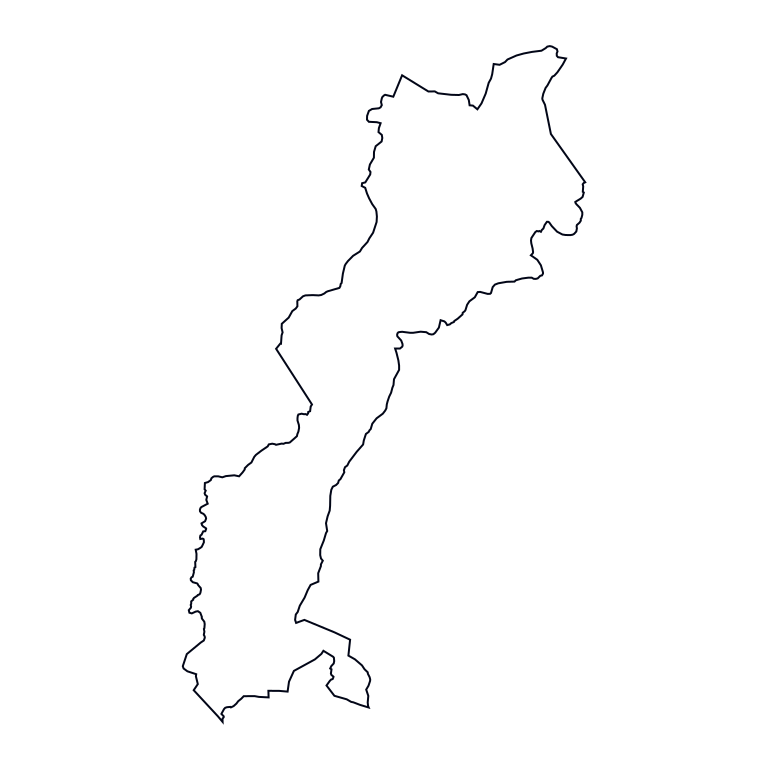 Yaonáhuac, Puebla, Mexico (Mercator projection)
{"feature_id": "50627088B21776838121102", "entity_name": "Yaonáhuac", "entity_type": "district", "adm_level": 2, "iso_a3": "MEX", "parent_name": "Mexico", "parent_adm1": "Puebla", "projection": "mercator", "projection_center": [-97.449, 19.915], "detail": "fine", "context": "isolated", "style": "outline", "palette": "ink", "viewbox_px": 768, "rotation_deg": 0, "n_neighbors": 0, "source": "geoboundaries", "source_scale": "gbopen_adm2", "svg_char_len": 6057}
<svg xmlns="http://www.w3.org/2000/svg" viewBox="0 0 768 768"><path d="M585.2,182.3L550.9,134.0L545.0,104.8L542.5,99.7L542.3,98.3L543.3,93.7L545.6,87.9L547.4,85.5L551.4,78.1L552.4,76.6L554.3,75.7L557.4,72.3L562.7,64.6L566.0,58.5L558.0,57.2L556.8,55.8L556.7,53.4L557.5,51.5L556.9,49.2L552.1,46.6L549.8,46.1L547.3,46.6L545.7,48.1L541.5,50.7L532.0,51.9L523.7,53.5L516.5,55.5L507.5,59.5L505.0,62.1L499.6,64.8L493.7,64.0L492.2,74.2L491.0,78.6L488.7,82.8L485.7,93.6L481.5,103.4L477.4,109.3L472.9,105.6L469.6,105.3L468.8,100.0L466.5,95.2L465.0,94.4L462.8,94.1L458.9,95.0L451.2,94.8L438.1,93.3L434.8,91.4L428.4,91.5L402.1,75.3L393.3,96.7L385.1,94.8L383.9,95.5L382.3,97.1L381.8,98.4L381.0,102.0L381.8,105.1L380.6,107.3L378.9,108.3L372.1,109.0L368.9,110.9L367.1,115.9L367.0,119.7L368.9,121.8L376.8,122.2L380.6,123.2L378.9,128.1L378.5,132.1L381.8,134.9L382.3,138.0L381.6,141.5L375.7,146.2L374.0,151.9L373.9,157.7L369.9,164.5L368.8,169.5L370.5,172.0L370.2,174.5L365.3,182.4L362.1,183.2L361.7,186.0L365.2,187.8L367.0,193.5L369.1,198.3L372.2,204.1L375.7,209.0L376.4,211.5L376.9,216.5L376.6,222.0L373.1,232.7L369.3,238.4L367.5,242.0L362.1,247.9L359.9,251.5L353.1,255.8L347.9,261.1L345.7,264.0L344.8,265.6L342.9,273.6L341.6,283.0L340.7,284.0L340.3,286.3L339.4,287.9L328.0,291.2L326.3,291.9L324.3,293.5L321.2,295.0L318.6,295.4L312.8,295.1L305.4,295.4L303.0,296.3L299.5,299.5L297.7,300.2L297.3,301.3L297.4,306.3L295.8,308.5L292.3,311.1L288.7,317.6L281.8,323.8L281.6,328.1L282.6,332.4L281.6,335.3L281.0,343.7L280.3,343.6L276.1,348.8L312.0,404.5L310.7,406.5L310.1,411.2L308.2,412.0L308.1,413.4L307.0,414.8L305.7,414.1L303.9,414.2L301.6,413.7L298.4,414.5L297.8,415.8L297.5,418.1L297.5,420.5L298.9,425.0L299.1,427.9L298.4,431.6L297.4,434.0L296.9,436.2L289.9,442.4L288.7,442.8L285.6,442.9L283.5,443.8L281.7,443.6L276.0,444.8L274.9,444.2L272.2,443.7L268.8,444.4L267.7,446.4L261.5,450.6L256.0,454.8L254.3,456.8L251.4,462.5L248.1,464.9L244.8,468.2L244.7,469.5L242.6,472.4L239.1,476.3L234.3,475.3L225.9,476.1L222.3,477.3L218.1,476.3L214.3,476.3L212.9,477.0L211.4,478.3L210.8,480.1L208.0,482.1L204.9,483.0L204.6,489.3L205.7,490.6L204.6,493.2L205.1,494.7L207.1,496.4L206.3,499.9L207.7,503.7L201.3,507.1L200.4,508.2L199.9,509.8L200.0,511.3L201.0,512.7L203.5,513.9L204.8,515.3L205.8,517.1L206.1,518.6L205.1,521.2L201.5,523.4L202.0,525.1L203.1,526.4L206.0,528.3L206.2,528.8L205.3,531.2L203.2,531.4L201.6,534.7L200.4,535.5L200.0,537.4L200.3,539.0L202.6,538.6L203.5,539.0L203.8,539.9L203.9,542.3L202.5,545.3L201.6,547.0L200.0,548.1L197.9,549.3L195.7,549.7L196.5,553.9L196.4,559.3L195.9,561.0L195.2,561.9L195.4,567.1L194.5,567.6L194.2,569.9L193.7,570.4L193.9,572.3L192.7,576.7L191.5,577.3L190.7,578.7L190.9,580.3L192.8,582.2L197.1,583.4L197.6,583.9L198.3,585.3L200.7,588.0L201.0,589.7L200.4,592.8L199.6,594.3L197.7,595.1L197.5,595.6L194.0,597.9L193.2,599.0L193.2,599.7L191.2,601.4L191.2,603.8L190.7,605.0L191.1,606.4L190.9,607.7L188.8,610.2L189.4,612.7L191.1,613.2L191.8,613.4L195.7,611.6L197.9,611.2L200.3,612.8L201.9,617.0L201.7,617.8L202.0,618.7L204.3,621.7L204.7,624.1L204.4,628.1L203.9,628.9L204.4,631.7L203.8,634.9L204.6,636.3L204.8,637.7L203.8,640.5L200.8,642.5L186.8,654.1L182.8,666.2L183.6,668.5L187.4,671.3L196.2,674.2L195.9,676.3L197.8,684.1L193.7,690.2L217.9,716.3L222.6,721.9L222.5,718.8L223.7,717.2L223.7,716.3L221.4,713.9L224.0,709.1L225.2,707.8L227.0,707.2L230.4,706.9L230.9,707.4L233.6,706.1L236.4,703.6L238.2,701.2L241.3,698.7L243.7,696.2L254.5,696.1L258.9,696.9L268.6,697.4L268.4,690.8L279.5,690.9L287.6,691.6L289.0,681.7L293.9,670.9L314.9,659.4L321.4,653.9L323.4,650.8L333.2,656.8L333.9,657.7L334.2,661.1L333.7,663.5L331.3,666.1L330.2,668.5L331.5,669.3L330.9,673.6L331.4,674.9L333.5,676.7L333.3,677.6L332.6,679.1L331.2,679.5L329.8,680.9L326.5,685.5L334.4,695.8L346.7,699.3L351.2,701.9L353.3,702.3L360.1,704.9L368.7,707.5L368.1,706.1L367.7,702.5L368.3,695.9L366.2,689.6L368.5,685.7L370.1,680.9L370.2,679.4L369.6,677.1L367.9,673.8L367.7,672.3L364.5,669.2L362.0,665.4L354.9,659.3L348.4,655.6L350.1,639.7L334.6,632.4L304.4,619.9L296.1,622.9L295.1,619.9L295.8,614.5L297.7,612.0L299.8,605.7L304.6,597.6L307.7,590.2L310.6,584.9L318.4,581.6L318.2,573.2L320.9,566.1L320.9,564.4L322.8,560.7L321.0,558.5L320.2,555.1L320.3,549.2L323.8,540.5L326.0,533.1L327.2,531.0L326.0,523.2L327.6,516.4L329.7,510.6L330.1,505.8L330.3,495.9L331.3,489.8L332.8,486.7L336.1,485.0L338.1,483.0L338.8,480.5L340.4,479.2L344.3,472.3L343.9,470.2L345.0,467.2L347.3,465.5L349.2,461.7L356.7,451.8L363.1,444.5L363.8,440.5L365.9,434.0L368.7,431.9L369.5,430.3L370.7,429.1L372.3,423.7L376.6,418.3L382.8,413.7L385.2,410.6L386.4,408.3L386.8,404.4L387.6,401.3L389.2,396.6L391.1,392.7L392.4,387.7L393.5,385.0L394.0,379.2L399.1,369.9L399.1,365.6L398.4,360.5L396.5,352.8L395.1,348.5L400.0,348.5L402.2,346.7L402.6,345.7L402.5,344.0L401.2,340.5L397.4,336.4L397.1,334.9L397.5,333.3L398.4,332.3L400.0,332.0L402.2,331.8L410.1,332.8L413.1,332.8L420.6,331.7L426.3,332.2L429.1,334.0L431.7,334.5L433.4,334.2L435.2,332.7L438.9,327.6L440.6,320.2L444.4,321.4L445.7,322.6L447.2,325.1L449.8,324.4L451.3,323.1L453.9,322.0L454.3,321.0L457.7,318.7L462.5,314.4L462.7,312.8L464.8,311.1L465.5,310.0L467.1,304.8L469.4,301.3L474.8,297.3L477.7,292.1L480.1,291.9L487.7,293.9L490.1,293.8L491.0,293.0L492.7,287.1L494.9,284.6L498.3,283.3L506.9,281.8L514.5,281.6L515.8,280.3L518.1,279.6L522.0,278.5L528.1,277.7L531.8,277.7L533.7,278.8L535.8,278.9L537.7,278.4L540.3,275.8L542.0,275.4L543.0,273.6L543.0,272.4L540.9,265.3L537.3,259.8L530.9,255.3L532.8,253.3L533.1,252.1L532.6,248.5L531.3,243.3L531.0,240.5L531.4,238.0L535.3,232.1L536.8,231.0L538.4,231.4L539.3,231.0L540.9,231.8L541.8,230.0L543.4,228.5L544.6,225.1L546.9,221.8L548.2,221.8L549.2,222.4L551.8,226.1L557.1,231.7L562.4,234.5L565.6,235.0L570.3,235.1L572.6,234.7L574.1,233.9L576.3,231.5L576.9,228.4L576.6,226.3L576.9,225.0L579.5,222.7L580.8,220.7L580.8,218.9L581.5,217.9L582.3,214.8L582.3,212.3L579.9,207.8L576.4,204.2L575.4,202.7L575.3,201.9L580.7,198.6L582.6,196.9L583.8,192.5L582.8,191.8L583.2,186.4L582.7,184.3L583.7,183.0L585.2,182.3Z" fill="none" stroke="#020617" stroke-width="2"/></svg>